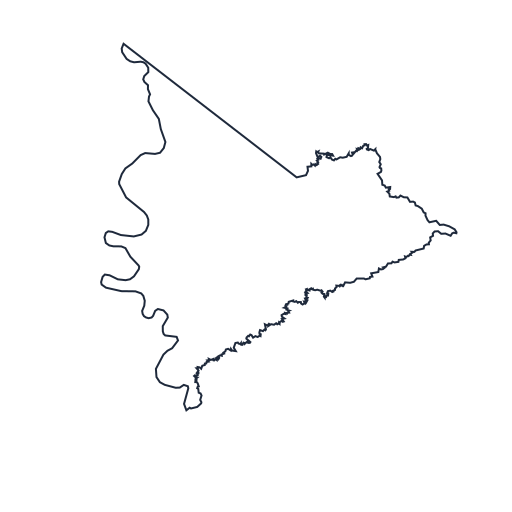 the district of Puerto Concordia, Meta, Colombia, rotated 106°
{"feature_id": "7082276B49783171180305", "entity_name": "Puerto Concordia", "entity_type": "district", "adm_level": 2, "iso_a3": "COL", "parent_name": "Colombia", "parent_adm1": "Meta", "projection": "robinson", "projection_center": [-72.676, 2.773], "detail": "fine", "context": "isolated", "style": "outline", "palette": "slate", "viewbox_px": 512, "rotation_deg": 106, "n_neighbors": 0, "source": "geoboundaries", "source_scale": "gbopen_adm2", "svg_char_len": 6139}
<svg xmlns="http://www.w3.org/2000/svg" viewBox="0 0 512 512"><g transform="rotate(106 256 256)"><path d="M423.5,280.4L420.1,277.9L420.5,276.5L417.3,270.9L412.8,268.1L411.6,268.2L409.7,270.0L405.1,269.9L403.4,271.4L403.2,273.4L399.6,274.9L399.3,276.1L397.6,276.0L397.1,275.1L394.5,276.9L393.5,278.2L393.9,279.6L391.7,280.0L391.9,278.2L390.9,280.1L389.2,279.0L389.5,280.3L388.4,282.4L387.5,281.8L388.0,280.4L386.5,279.2L385.4,280.4L384.7,279.0L383.9,279.2L384.0,280.4L381.9,279.7L380.3,282.2L379.9,281.0L378.8,281.5L378.6,279.5L379.5,277.6L376.3,277.4L374.9,275.2L373.5,275.5L373.0,274.2L371.5,274.3L370.6,272.5L369.7,274.0L368.9,272.3L367.9,272.9L368.3,270.7L366.6,268.5L368.0,268.2L368.0,267.5L366.3,266.4L366.7,265.4L364.9,266.2L364.0,265.4L366.2,264.5L366.0,263.8L364.1,263.3L362.6,264.4L361.4,263.1L361.3,261.4L360.1,261.9L358.6,259.8L357.9,260.7L356.1,259.2L354.2,259.2L352.9,257.2L353.8,254.2L352.3,254.4L353.5,253.0L353.0,249.2L350.3,252.1L345.3,251.8L344.2,249.6L345.0,248.6L344.9,246.8L344.0,246.5L345.3,246.1L345.3,244.9L341.9,243.9L343.3,243.9L342.8,243.0L343.6,242.7L341.0,241.0L341.7,239.6L341.2,238.0L340.3,237.7L338.1,242.5L336.9,242.6L334.9,241.5L335.1,240.6L333.1,239.9L333.3,238.5L335.3,236.3L333.2,234.5L333.4,232.1L331.5,230.4L331.7,229.6L329.9,229.9L329.8,231.2L328.5,231.7L326.1,231.7L326.3,228.6L324.4,227.6L324.8,226.5L323.9,226.2L319.2,228.6L319.7,225.9L317.6,224.9L318.0,223.9L319.0,224.1L317.4,222.7L317.1,219.7L315.1,218.1L315.8,216.8L314.8,216.0L314.9,215.2L313.9,215.4L314.4,214.7L313.0,215.0L311.4,213.6L311.9,212.2L311.3,211.3L309.4,213.7L308.2,211.5L307.2,214.4L305.8,215.1L303.8,213.3L303.7,211.8L302.7,212.3L302.8,210.4L302.1,210.5L301.3,208.6L299.9,210.0L299.3,209.1L299.1,211.9L297.8,211.4L297.9,214.6L296.4,213.0L295.7,214.0L294.3,213.9L294.2,212.7L293.6,213.0L292.8,211.7L291.0,211.9L288.5,208.0L289.4,207.8L289.4,206.0L288.3,204.9L289.4,202.9L288.6,202.5L287.9,200.2L289.2,199.6L289.8,197.9L288.2,196.2L287.4,196.7L287.8,195.8L286.7,196.1L287.1,195.0L284.9,194.5L285.3,195.5L283.7,195.5L284.2,196.4L283.3,197.2L282.5,195.8L282.8,195.1L281.9,194.8L281.8,196.3L280.0,196.5L279.9,197.7L278.4,198.1L278.6,196.9L277.4,197.5L277.2,196.5L276.6,197.4L276.9,198.6L274.8,198.1L274.2,198.7L273.7,198.0L274.4,197.8L274.4,195.2L273.4,195.6L272.0,194.2L272.7,193.8L271.7,192.3L272.7,191.8L272.6,189.7L271.5,187.8L271.6,184.4L270.9,183.6L271.9,182.2L273.2,182.9L274.0,181.5L273.7,179.8L275.7,178.6L275.7,179.6L276.3,179.6L277.2,178.4L276.4,178.6L276.2,177.3L274.0,176.9L274.0,175.9L272.0,176.2L272.0,177.4L270.0,177.2L268.8,175.0L269.6,172.8L268.8,171.8L268.1,172.3L266.8,170.7L265.4,171.1L263.7,170.0L262.3,170.6L261.8,167.8L261.0,167.3L261.7,166.9L260.3,166.2L261.0,164.8L260.1,164.4L260.5,163.8L256.8,163.1L255.8,158.1L253.8,154.8L249.9,153.0L247.9,146.0L248.2,144.3L246.1,140.5L244.7,140.6L243.7,138.4L240.9,140.5L237.7,134.0L234.1,134.4L234.5,132.2L233.6,130.4L232.2,129.4L231.8,130.5L230.4,128.1L226.8,127.1L225.7,123.8L223.8,123.2L224.0,121.1L222.4,117.5L220.4,117.7L218.8,113.6L217.0,111.7L215.4,112.6L215.5,111.2L213.8,109.9L214.0,109.3L212.3,108.5L212.2,107.6L211.5,108.3L209.5,106.5L209.0,107.3L208.4,104.9L206.7,104.1L202.6,96.9L199.9,97.2L197.9,95.3L197.1,93.0L195.6,93.6L192.9,92.4L190.1,93.7L187.8,91.4L185.6,92.3L183.2,91.1L182.0,87.8L183.6,84.1L182.2,80.1L182.9,74.5L180.2,73.7L179.1,72.4L178.9,69.7L177.9,69.8L175.6,72.4L174.2,78.5L174.1,84.3L175.5,87.9L172.5,92.5L175.8,98.6L174.2,101.0L170.5,104.2L168.2,104.8L167.9,106.8L164.8,109.7L163.4,114.2L163.4,116.5L160.8,118.0L160.4,119.9L161.5,122.9L158.0,126.6L158.8,130.1L158.1,133.8L160.3,134.9L161.2,137.1L160.2,138.2L161.4,139.7L161.9,143.8L159.3,145.0L157.9,147.6L156.6,145.9L155.3,146.8L154.6,145.6L152.7,146.0L154.5,150.0L152.8,151.7L152.7,154.2L148.6,155.7L143.5,161.8L140.8,159.1L139.4,159.0L137.3,159.8L137.2,161.2L136.5,161.8L133.4,161.4L131.7,163.4L128.6,163.2L126.6,164.1L123.9,168.1L121.5,170.0L121.7,170.6L120.5,170.8L122.2,171.8L121.7,175.8L123.2,176.9L123.0,178.8L122.4,179.1L121.7,178.1L118.5,178.7L119.3,179.6L118.1,180.9L118.6,182.5L119.7,182.1L120.5,183.3L123.1,183.7L122.7,185.3L124.3,185.2L125.2,186.2L124.1,186.3L124.1,187.3L125.5,186.9L125.4,188.3L126.4,187.5L127.4,187.9L127.2,188.8L130.6,190.3L130.3,191.5L129.7,191.3L130.1,192.2L131.8,190.9L133.2,191.4L133.8,192.3L133.2,194.8L131.8,195.2L135.7,196.2L137.6,199.7L137.9,202.3L141.0,205.3L140.7,206.6L142.6,207.4L142.4,209.5L140.6,211.8L141.9,212.7L141.5,215.5L139.2,215.8L138.3,209.6L137.0,210.9L137.5,212.7L136.9,215.5L139.7,218.5L138.9,219.0L140.0,223.7L139.2,225.0L138.3,224.9L139.3,226.0L138.9,226.9L140.5,226.7L144.0,224.0L142.0,222.0L142.7,220.5L144.7,220.7L144.6,222.4L145.6,223.7L146.4,222.7L147.5,223.8L148.7,222.1L149.7,222.7L150.4,221.7L151.9,222.8L151.4,224.2L152.9,224.2L152.1,225.9L152.9,226.9L152.2,228.2L154.6,227.5L156.0,231.1L159.8,229.5L164.5,230.2L169.2,238.6L88.5,441.8L93.6,442.3L97.0,440.8L102.2,434.7L103.5,430.6L103.4,426.6L101.0,420.4L100.8,417.6L101.6,415.1L104.7,411.5L108.9,410.2L113.8,413.0L117.3,413.1L119.5,411.2L121.6,406.9L125.4,405.9L129.8,402.4L132.2,402.8L137.0,402.0L144.3,395.3L151.0,387.2L160.2,382.5L171.4,374.5L177.7,374.4L183.2,376.7L185.7,381.2L187.6,390.9L190.8,394.7L201.2,400.4L207.8,405.7L214.2,407.6L222.3,408.1L224.6,407.3L235.5,397.0L244.6,375.7L247.2,372.1L250.6,369.6L255.8,368.1L262.2,368.8L266.9,371.9L270.9,378.9L273.1,391.7L272.4,400.8L273.0,404.8L275.3,406.7L279.8,406.8L284.9,403.9L286.3,399.9L286.0,395.7L283.9,388.2L284.4,383.7L291.3,376.6L297.5,366.2L298.5,365.3L301.0,365.0L309.2,367.7L313.1,370.7L315.2,374.7L316.5,382.4L314.9,391.4L315.5,396.2L318.3,397.7L323.8,397.7L326.0,396.5L327.8,391.5L326.9,375.7L323.2,362.2L323.6,356.0L325.4,353.3L329.7,350.6L334.6,349.7L340.2,350.3L342.9,349.0L344.7,347.1L345.4,344.8L345.4,342.1L343.9,339.4L341.9,338.4L336.5,337.8L334.0,335.7L333.8,329.9L336.8,325.1L339.5,323.8L349.1,326.3L354.1,324.8L356.4,323.3L357.4,321.4L355.6,310.0L358.7,307.7L367.8,311.2L371.5,315.0L376.3,317.8L392.1,321.1L399.8,318.3L403.8,313.6L405.0,308.2L404.8,296.9L403.5,293.0L399.8,289.9L400.0,285.6L401.9,284.6L418.0,284.4L423.5,280.4Z" fill="none" stroke="#1e293b" stroke-width="2"/></g></svg>